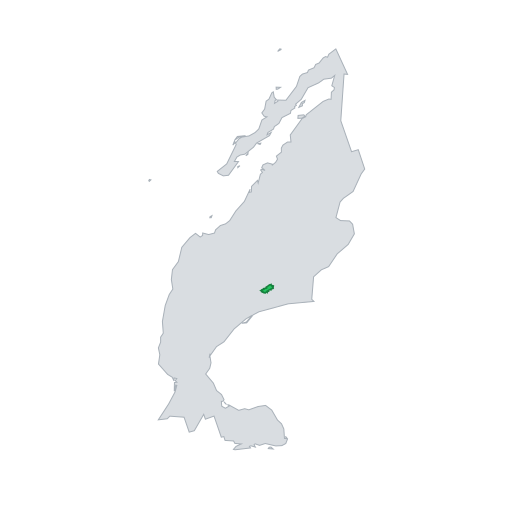 location of Jaumave, Tamaulipas, Mexico, rotated 71°
{"feature_id": "50627088B13423922112488", "entity_name": "Jaumave", "entity_type": "district", "adm_level": 2, "iso_a3": "MEX", "parent_name": "Mexico", "parent_adm1": "Tamaulipas", "projection": "equal_earth", "projection_center": [-99.351, 23.47], "detail": "fine", "context": "in_parent", "style": "filled", "palette": "green", "viewbox_px": 512, "rotation_deg": 71, "n_neighbors": 0, "source": "geoboundaries", "source_scale": "gbopen_adm2", "svg_char_len": 5316}
<svg xmlns="http://www.w3.org/2000/svg" viewBox="0 0 512 512"><g transform="rotate(71 256 256)"><path d="M86.2,113.1L114.1,110.3L112.6,113.5L155.7,131.8L188.5,131.7L188.8,124.7L209.2,124.9L212.6,129.8L226.6,143.2L229.9,154.6L232.4,159.0L245.7,167.9L250.0,164.6L253.3,156.2L257.4,154.3L267.1,155.8L275.1,165.1L280.4,178.5L289.7,190.8L290.3,198.6L294.4,208.3L315.1,217.4L317.8,216.0L311.7,241.1L309.7,271.3L310.7,277.8L316.2,286.6L315.0,291.3L315.3,286.6L310.8,279.1L312.2,286.0L317.8,300.4L326.7,314.2L328.8,322.8L335.1,331.6L333.3,331.3L336.9,333.4L335.8,332.2L342.3,333.3L347.1,336.3L351.2,342.0L362.3,337.7L370.4,337.1L375.8,333.7L381.4,333.0L382.6,334.3L382.2,336.1L386.9,337.3L390.0,334.5L389.1,330.0L387.6,331.1L387.9,330.2L396.3,322.6L396.7,316.4L399.1,312.9L399.0,303.0L400.4,295.6L406.8,291.3L418.1,289.1L423.0,286.5L428.6,286.0L437.8,288.5L438.5,286.9L436.1,286.8L439.2,285.7L443.0,288.9L443.7,293.3L442.0,299.2L436.3,308.3L436.2,314.3L433.3,318.0L433.8,319.3L436.5,318.8L433.8,322.6L433.8,324.2L435.7,323.7L432.4,338.9L431.5,340.3L429.5,336.8L428.9,331.1L426.3,337.0L423.6,337.4L420.3,345.3L416.3,345.2L416.0,347.8L393.7,347.8L393.8,357.0L388.7,357.0L401.1,371.2L400.8,376.5L385.0,376.5L379.4,389.6L381.0,392.9L379.1,401.7L367.5,386.8L358.2,376.8L352.6,373.0L351.9,373.9L357.2,377.3L349.1,374.3L349.6,371.9L347.5,372.9L346.1,370.8L344.6,373.1L347.4,374.2L343.3,374.7L339.2,378.1L326.4,383.4L318.1,379.1L311.1,378.2L306.4,374.2L301.7,372.6L298.8,368.8L287.4,365.8L273.2,357.9L264.1,350.5L260.2,345.4L250.7,343.7L241.7,339.4L236.0,331.2L223.6,323.3L217.1,312.4L214.9,305.8L219.9,302.6L219.2,299.8L216.9,298.9L220.3,293.8L220.8,287.8L218.1,285.7L215.6,279.8L215.7,274.3L214.0,269.4L206.8,260.3L200.6,249.2L190.9,239.8L193.7,241.5L193.9,239.5L188.7,237.5L185.0,230.0L187.7,230.2L180.1,225.2L179.1,222.7L176.2,223.6L175.8,222.5L178.0,219.6L174.3,221.8L172.1,219.7L171.7,214.8L174.6,210.5L175.5,211.3L173.8,206.9L171.4,204.1L168.2,204.2L166.1,198.2L162.2,196.9L159.9,194.4L158.5,189.1L159.6,185.8L152.7,184.2L141.1,167.7L140.5,163.7L138.8,162.5L131.7,142.2L131.3,136.0L132.3,134.0L125.7,131.4L124.3,128.1L122.2,127.0L119.7,128.9L110.9,122.8L112.4,126.8L110.9,134.3L112.7,140.4L113.8,152.0L122.6,162.2L125.3,169.1L126.7,168.8L127.3,170.9L128.7,171.1L129.8,175.6L132.3,177.0L133.6,186.4L138.1,191.2L139.6,196.5L141.7,198.2L143.1,204.6L145.0,206.1L144.1,201.4L146.6,204.1L149.4,218.7L152.3,222.9L156.1,233.4L155.4,237.9L156.2,241.8L159.6,245.7L161.0,241.8L170.7,255.7L169.6,260.8L165.6,264.7L163.4,265.1L159.4,253.7L144.1,238.4L142.6,238.6L139.6,233.9L139.0,230.6L140.2,223.5L139.0,216.7L136.8,212.0L129.3,206.1L128.0,200.3L126.5,202.8L122.6,203.9L119.9,200.0L112.9,196.0L111.9,192.7L106.8,187.8L106.4,186.2L111.8,187.1L115.1,185.7L115.0,187.2L117.7,188.8L116.8,184.9L115.6,184.7L118.5,177.0L108.8,162.5L100.5,156.1L99.1,152.9L99.3,147.6L97.3,145.9L96.9,139.8L94.3,137.2L94.1,133.6L90.6,128.0L90.1,125.4L91.3,123.6L88.9,121.4L86.2,113.1ZM140.6,167.9L139.5,171.6L136.8,170.4L138.1,164.8L139.8,164.2L140.6,167.9ZM129.4,167.1L125.6,163.1L124.8,159.0L126.7,160.4L127.1,162.7L129.1,163.2L129.4,167.1ZM442.1,307.1L441.1,305.8L441.5,304.1L444.1,302.6L442.1,307.1ZM139.6,238.6L136.9,234.7L138.8,226.7L138.1,233.8L139.6,238.6ZM105.0,182.6L102.9,182.0L104.5,177.9L105.3,181.0L105.0,182.6ZM69.6,168.9L67.9,166.2L68.4,165.0L69.0,165.1L69.6,168.9ZM142.0,238.7L143.6,241.8L140.1,238.8L142.0,238.7ZM205.2,285.9L204.8,287.2L203.9,286.7L203.5,284.5L205.2,285.9ZM157.3,230.6L157.9,233.0L156.1,230.0L157.3,230.6ZM150.9,214.7L151.9,215.8L150.2,218.0L150.9,214.7ZM150.7,332.6L149.9,332.9L148.9,331.9L149.8,330.6L150.7,332.6ZM385.3,333.1L383.4,333.7L386.7,332.3L385.3,333.1ZM166.5,244.4L165.5,244.1L165.4,241.8L166.5,244.4Z" fill="#d9dde1" stroke="#a8b0b8" stroke-width="1"/><path d="M287.8,251.0L287.8,251.3L288.0,252.1L287.9,252.5L287.7,252.5L287.7,252.9L288.1,253.8L288.8,256.6L289.1,256.6L289.1,256.2L289.3,256.2L289.4,256.5L289.7,256.6L290.1,256.6L289.8,256.7L289.7,256.7L289.7,257.1L289.8,257.1L289.8,257.3L289.8,257.2L289.7,257.3L289.7,257.6L289.8,257.7L289.6,257.6L289.6,257.8L289.9,259.0L289.3,259.0L289.3,259.3L289.7,259.4L289.7,259.8L289.8,259.8L289.8,260.3L289.8,260.5L289.8,260.9L289.8,261.0L289.8,261.5L290.0,261.7L290.0,261.8L290.1,262.1L290.2,261.8L290.4,261.8L290.5,261.8L290.4,262.0L290.5,261.9L290.8,262.1L290.8,262.4L291.5,262.4L291.6,261.1L291.8,261.1L292.1,261.0L292.5,261.3L292.6,261.1L293.2,260.7L293.2,260.2L293.4,260.1L293.4,259.9L293.6,259.9L293.6,259.7L293.6,259.4L293.6,259.1L293.9,259.2L294.0,259.1L293.6,258.5L293.7,258.4L293.4,257.7L293.4,257.4L293.4,257.5L293.5,257.0L293.9,257.0L293.8,256.9L293.7,256.8L293.6,256.7L293.4,256.5L293.4,256.4L293.3,256.5L293.2,256.5L293.2,256.4L292.9,256.5L292.9,256.4L292.8,256.5L292.7,256.1L292.7,255.9L292.7,255.7L292.5,254.9L292.4,254.8L292.4,254.3L292.3,253.6L292.5,253.5L292.7,253.2L292.3,253.2L292.3,252.8L292.5,252.6L292.4,252.5L292.1,252.4L292.1,252.0L292.1,251.7L292.0,251.4L291.9,251.2L292.1,251.0L292.2,250.9L292.3,250.8L292.3,250.7L292.1,250.2L291.8,250.2L291.6,250.2L291.4,250.1L291.2,250.0L291.2,250.3L290.9,250.3L290.8,250.2L290.5,250.2L290.4,250.3L290.4,250.2L290.3,249.9L290.2,249.7L290.1,249.4L289.9,249.3L289.5,249.9L289.1,250.5L288.8,250.9L288.5,251.1L288.3,251.2L288.1,251.1L287.8,251.0Z" fill="#22c55e" stroke="#15803d" stroke-width="1.5"/></g></svg>